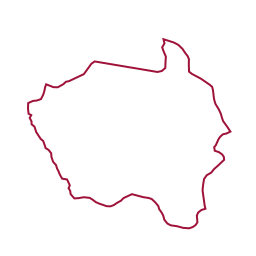 the district of Jaborandi, São Paulo, Brazil, rotated 97°
{"feature_id": "56859067B72694861704864", "entity_name": "Jaborandi", "entity_type": "district", "adm_level": 2, "iso_a3": "BRA", "parent_name": "Brazil", "parent_adm1": "São Paulo", "projection": "natural_earth1", "projection_center": [-48.409, -20.657], "detail": "fine", "context": "isolated", "style": "outline", "palette": "rose", "viewbox_px": 256, "rotation_deg": 97, "n_neighbors": 0, "source": "geoboundaries", "source_scale": "gbopen_adm2", "svg_char_len": 1713}
<svg xmlns="http://www.w3.org/2000/svg" viewBox="0 0 256 256"><g transform="rotate(97 128 128)"><path d="M35.6,103.6L39.5,102.1L43.8,103.9L47.2,102.2L52.6,99.1L56.6,98.9L59.4,98.7L63.9,98.3L67.3,101.4L68.8,105.6L66.0,169.2L68.7,172.2L71.5,173.7L79.9,178.4L88.7,192.3L89.7,195.3L92.3,197.4L96.1,202.6L96.6,206.9L94.6,214.5L97.4,215.2L102.1,215.6L105.5,216.3L109.9,217.9L111.8,221.7L112.7,225.6L115.4,230.1L121.1,229.6L126.0,228.4L127.0,225.6L130.0,226.8L133.1,224.6L136.1,224.1L138.0,221.0L140.4,219.9L143.1,218.7L146.8,215.6L149.5,213.3L151.2,210.6L154.8,208.8L158.0,207.3L159.4,204.2L162.4,201.2L166.2,200.4L170.7,198.2L173.6,194.9L176.6,193.6L179.1,191.9L182.5,190.0L186.3,187.2L186.5,182.3L188.7,180.8L192.0,178.8L195.1,179.6L197.5,177.7L200.6,176.9L204.4,172.7L203.7,168.7L202.1,163.5L202.0,157.6L203.4,154.5L205.5,150.9L206.7,146.9L207.3,143.7L208.2,139.9L207.9,135.9L206.2,132.6L203.9,130.1L201.0,126.1L198.1,123.9L196.3,121.0L193.2,116.0L194.8,104.4L194.9,99.2L195.6,95.8L198.3,92.1L201.6,88.5L204.8,87.1L208.0,84.2L210.6,82.4L214.7,80.7L218.0,77.3L219.4,73.7L219.5,67.3L220.4,61.2L220.1,55.0L218.3,51.5L216.1,49.1L213.2,47.6L206.5,49.0L203.3,48.0L200.4,45.1L198.7,41.3L195.8,42.4L181.2,46.3L178.5,46.5L175.1,46.5L169.4,46.3L165.3,44.1L162.1,39.9L158.3,37.6L153.9,33.7L147.8,28.7L144.9,29.4L142.7,31.4L140.9,34.7L140.0,39.1L136.6,40.1L134.3,38.7L131.3,37.8L127.6,36.6L125.0,35.1L122.6,32.9L121.5,29.7L119.1,25.9L114.3,30.0L109.6,34.4L106.6,35.9L102.6,37.6L98.5,40.1L93.5,44.1L90.4,45.5L87.5,46.5L80.3,48.2L76.9,49.5L75.1,52.2L70.2,61.6L66.6,71.0L64.6,74.3L56.7,75.5L52.3,75.9L49.6,77.4L46.5,80.4L42.8,83.6L39.4,88.1L37.6,92.8L36.3,99.5L35.6,103.6Z" fill="none" stroke="#9f1239" stroke-width="2"/></g></svg>